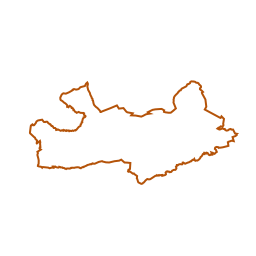 the district of Ogan Ilir, Sumatera Selatan, Indonesia, rotated 67°
{"feature_id": "22746128B50783491652131", "entity_name": "Ogan Ilir", "entity_type": "district", "adm_level": 2, "iso_a3": "IDN", "parent_name": "Indonesia", "parent_adm1": "Sumatera Selatan", "projection": "robinson", "projection_center": [104.638, -3.42], "detail": "fine", "context": "isolated", "style": "outline", "palette": "amber", "viewbox_px": 256, "rotation_deg": 67, "n_neighbors": 0, "source": "geoboundaries", "source_scale": "gbopen_adm2", "svg_char_len": 5836}
<svg xmlns="http://www.w3.org/2000/svg" viewBox="0 0 256 256"><g transform="rotate(67 128 128)"><path d="M177.2,35.3L177.4,32.2L176.9,30.6L175.9,30.6L175.8,30.2L174.9,31.6L170.5,31.9L169.9,33.4L169.2,34.0L169.1,33.9L168.9,34.1L168.8,35.4L169.2,36.6L169.0,38.1L168.3,38.9L167.7,39.3L166.7,39.3L166.3,40.3L165.6,40.7L165.3,41.9L165.3,43.8L165.2,44.3L164.6,45.0L163.5,45.9L163.2,45.0L163.4,44.8L163.1,43.9L163.3,43.6L162.7,42.0L163.6,40.6L163.2,39.6L162.8,39.1L162.3,38.9L161.4,38.8L157.1,36.1L153.8,37.4L154.9,38.8L154.5,39.3L141.0,50.1L139.0,47.6L132.0,45.6L125.2,46.3L124.4,46.2L124.2,45.7L124.1,44.9L122.5,45.5L121.3,46.2L120.4,46.6L119.7,46.3L119.4,46.0L119.2,45.1L119.0,44.9L118.4,44.6L117.5,44.6L115.7,45.5L114.5,45.6L113.6,46.2L113.5,46.7L112.6,47.8L111.8,48.1L110.8,49.4L110.8,49.7L109.9,51.2L109.9,52.5L111.0,53.5L111.1,54.6L111.3,55.1L111.0,55.5L111.0,56.4L112.4,58.0L112.8,63.3L113.9,64.7L113.7,65.9L114.6,67.4L114.6,67.9L115.2,68.5L116.2,71.1L117.0,72.7L117.9,73.8L118.9,74.3L119.5,74.9L120.8,75.3L122.4,76.2L128.7,76.3L129.7,79.3L130.6,82.5L130.5,83.1L129.9,84.5L128.2,87.4L127.2,88.6L126.0,87.9L125.9,88.2L125.2,88.3L123.8,89.4L123.5,89.8L121.5,95.6L120.9,98.3L121.2,103.6L122.4,103.1L123.3,102.2L122.8,104.1L122.4,106.2L122.7,109.4L122.7,111.3L119.6,116.0L117.6,120.1L116.3,117.9L113.3,122.5L112.2,123.2L107.9,124.4L106.6,128.8L102.9,129.4L102.9,136.3L102.6,145.1L102.7,146.6L102.5,147.1L101.0,147.1L97.7,148.3L95.8,149.4L93.5,150.2L91.8,150.1L89.1,149.5L88.5,149.8L87.4,149.3L86.1,149.7L85.5,149.5L82.6,149.7L80.9,149.4L77.4,149.8L73.9,149.2L72.2,147.9L71.4,147.6L70.2,147.7L70.8,149.3L72.5,151.3L71.9,155.5L71.9,156.1L72.7,157.8L72.8,158.7L72.5,160.4L72.1,161.2L71.3,162.1L71.0,162.9L71.1,163.9L71.5,163.9L71.7,165.0L72.1,168.4L72.1,171.8L70.8,174.0L70.9,174.5L71.3,175.9L73.5,178.4L75.0,179.0L76.1,179.0L77.5,177.9L79.9,176.8L80.7,176.1L82.5,175.3L83.7,175.0L84.3,175.6L84.8,175.7L84.9,175.0L85.6,174.7L84.9,172.9L87.1,171.7L87.7,172.0L88.3,171.1L88.7,171.2L89.3,170.9L90.1,171.2L90.2,170.7L91.4,170.6L92.5,170.3L93.1,169.6L93.9,169.4L94.0,168.3L93.9,167.2L95.5,165.8L96.8,163.0L97.3,162.7L97.6,163.1L98.6,163.4L100.1,162.5L100.6,162.5L101.0,163.0L101.2,163.5L101.1,164.1L100.8,164.7L101.6,165.3L102.0,166.1L104.2,167.7L104.7,167.8L104.7,168.5L105.4,168.8L106.2,169.8L106.2,170.2L107.5,170.9L107.8,173.0L109.5,176.2L109.5,176.7L109.7,177.1L109.3,177.3L109.3,179.5L108.6,180.1L108.7,181.2L107.7,182.7L108.0,182.7L108.0,183.4L107.4,183.6L106.3,185.2L106.7,185.3L106.6,186.2L104.9,187.7L105.3,188.0L105.3,188.7L104.7,188.8L104.3,189.4L104.3,191.0L102.0,193.0L102.0,194.0L101.7,194.1L101.7,194.6L101.3,194.5L101.3,194.8L100.9,194.7L99.6,195.0L99.0,196.3L96.9,196.7L96.6,197.2L96.4,197.1L95.8,197.8L94.5,197.9L94.1,198.1L94.1,198.5L91.8,199.7L90.8,199.8L90.2,200.9L90.2,201.9L89.5,203.1L86.8,203.8L85.9,207.8L86.0,208.7L86.3,209.8L87.3,210.8L88.7,213.2L88.7,213.7L88.4,214.0L87.1,214.6L86.6,214.9L88.0,214.8L87.8,216.4L89.0,217.2L93.8,220.0L94.6,220.2L99.8,217.9L100.5,217.4L101.8,217.5L104.0,216.6L106.3,218.0L106.6,217.9L105.5,214.1L106.8,214.3L108.5,215.3L109.5,215.4L110.4,216.0L111.3,216.0L111.5,216.9L112.3,217.4L113.8,216.6L114.5,220.7L115.9,220.7L117.0,221.7L117.7,222.0L121.3,222.5L123.0,222.9L126.1,224.3L127.0,225.4L127.8,225.8L128.5,225.1L129.7,223.2L130.9,222.6L130.5,222.2L130.7,221.6L133.3,216.9L134.4,215.9L134.7,213.4L135.4,212.3L134.1,212.2L134.5,211.2L135.1,211.1L135.2,210.0L135.5,210.0L136.8,208.4L137.3,207.4L137.1,206.5L136.9,206.4L137.4,205.7L137.9,205.5L138.7,203.8L139.3,203.6L139.8,202.5L140.8,201.9L140.9,201.5L141.6,201.0L141.4,199.9L141.9,199.1L142.2,198.1L142.7,197.4L142.4,195.9L142.8,195.6L142.8,194.8L143.7,192.9L143.7,192.3L144.3,190.0L145.1,188.5L145.8,188.1L146.0,187.7L146.4,187.5L146.6,187.1L146.4,186.7L146.3,185.6L146.5,184.8L146.3,184.8L146.3,184.0L146.5,183.8L146.4,181.8L146.5,180.8L146.3,180.5L146.2,179.8L146.5,178.3L146.5,176.9L146.8,176.6L146.8,176.1L147.0,176.0L146.9,175.1L147.3,173.8L147.2,173.8L147.7,173.1L147.9,172.2L147.8,168.2L148.3,165.3L148.5,164.7L148.9,164.5L151.0,161.7L152.4,158.8L153.3,153.4L154.6,148.9L154.5,146.6L158.4,144.7L159.7,142.0L161.1,139.5L166.5,142.2L166.6,143.1L166.6,143.7L167.0,143.8L167.1,144.3L167.6,144.5L167.9,144.9L168.3,144.8L168.6,144.5L168.8,143.2L171.9,141.4L172.1,140.4L172.7,140.3L175.8,138.4L177.9,139.6L178.6,139.4L181.0,139.7L182.1,139.7L184.6,137.6L184.8,136.3L184.3,135.3L184.3,134.6L183.1,132.3L182.5,130.2L183.5,128.8L183.8,127.5L182.7,121.4L183.0,120.6L182.7,119.9L183.3,119.6L183.4,118.0L183.9,118.0L184.1,116.4L184.6,114.8L185.4,115.1L185.8,112.3L185.6,111.4L185.4,111.1L183.7,110.8L183.1,109.6L183.3,109.3L183.3,108.7L183.7,108.5L184.0,107.4L184.5,107.1L184.9,107.1L185.0,106.9L185.3,105.3L184.5,103.9L184.4,103.3L184.1,103.3L184.4,103.2L184.4,102.5L184.8,101.1L185.0,100.9L185.0,100.6L184.2,99.3L183.3,99.0L182.4,99.0L181.9,97.7L181.3,97.7L181.1,97.5L181.2,97.2L181.8,96.8L181.4,95.2L181.7,94.0L182.6,92.5L182.6,92.2L182.3,91.8L181.2,91.2L181.3,90.7L183.2,89.4L183.2,86.5L183.4,85.3L183.2,84.5L183.3,83.0L183.1,83.0L182.8,81.9L182.6,80.9L182.7,80.7L182.6,80.4L183.1,79.9L182.5,79.1L183.9,79.1L184.3,78.9L184.2,78.7L184.5,78.3L184.9,77.0L185.1,76.8L184.9,75.6L184.4,74.2L183.8,73.2L183.1,72.5L182.9,71.6L182.3,70.4L181.3,69.4L181.4,68.6L181.6,68.3L181.0,68.2L180.6,67.6L181.5,67.1L182.0,66.4L181.5,66.1L181.3,65.8L181.4,65.3L181.7,65.1L181.9,64.7L182.3,64.4L183.7,64.3L184.5,63.9L185.0,63.3L185.0,63.0L184.6,62.4L184.7,62.1L185.5,61.2L185.5,60.5L185.1,60.4L183.5,60.7L183.2,60.7L183.3,60.6L183.9,59.7L185.1,58.9L185.6,58.4L184.9,56.7L184.7,55.6L182.5,55.6L181.2,56.2L180.2,55.5L180.0,55.1L180.1,53.7L180.9,52.5L181.5,52.4L181.4,52.0L181.8,51.7L182.2,50.6L182.8,48.3L183.7,42.6L183.2,42.4L180.5,41.7L179.3,41.3L179.8,41.5L180.0,40.6L180.2,37.4L181.4,35.8L177.2,35.3Z" fill="none" stroke="#b45309" stroke-width="2"/></g></svg>